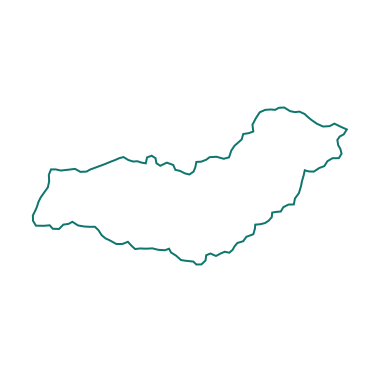 Alfredo Vasconcelos, Minas Gerais, Brazil (orthographic projection), rotated 353°
{"feature_id": "56859067B6274472295952", "entity_name": "Alfredo Vasconcelos", "entity_type": "district", "adm_level": 2, "iso_a3": "BRA", "parent_name": "Brazil", "parent_adm1": "Minas Gerais", "projection": "orthographic", "projection_center": [-43.711, -21.14], "detail": "fine", "context": "isolated", "style": "outline", "palette": "teal", "viewbox_px": 384, "rotation_deg": 353, "n_neighbors": 0, "source": "geoboundaries", "source_scale": "gbopen_adm2", "svg_char_len": 2005}
<svg xmlns="http://www.w3.org/2000/svg" viewBox="0 0 384 384"><g transform="rotate(353 192 192)"><path d="M308.4,125.3L304.0,125.3L299.2,123.7L293.9,119.4L288.5,119.0L284.5,120.6L280.3,119.7L274.7,119.4L269.0,121.1L264.4,126.5L260.2,132.6L260.2,139.4L255.6,140.5L249.9,140.7L247.7,145.9L243.5,148.8L239.8,151.3L236.1,155.6L233.0,162.1L227.6,162.9L220.6,160.0L213.7,159.6L210.1,161.7L204.8,163.0L200.0,162.7L198.2,168.1L196.0,172.0L191.6,174.3L187.3,172.7L182.7,169.6L178.2,168.0L176.7,162.9L170.6,159.8L163.7,162.1L160.2,159.1L159.9,154.0L156.4,151.1L151.6,152.2L149.6,157.9L145.5,156.7L141.5,154.8L137.3,154.6L132.7,152.5L128.3,149.0L124.2,149.5L119.6,150.9L114.6,152.1L110.4,153.3L104.3,154.8L97.9,156.3L93.6,157.3L89.8,158.9L83.7,158.4L78.7,154.8L70.8,154.8L64.4,154.7L59.6,153.0L54.8,152.4L52.0,157.5L51.5,164.1L49.5,169.8L45.1,174.6L41.2,178.9L38.3,183.3L36.4,187.6L33.8,192.0L31.2,195.8L30.7,201.2L33.0,206.4L40.8,207.5L46.7,207.7L49.3,211.5L55.5,212.5L60.3,208.7L65.6,208.6L69.6,207.0L74.8,211.3L80.8,213.1L85.7,214.0L91.4,214.7L94.5,218.5L97.1,223.9L100.5,227.5L104.5,230.0L110.6,234.4L116.7,235.1L122.3,233.6L125.4,238.0L128.6,241.7L133.6,241.7L139.8,242.7L145.8,243.1L151.6,245.3L158.1,246.5L162.3,245.5L163.8,249.5L168.4,253.2L172.8,258.2L177.8,259.6L184.8,261.2L187.5,264.5L192.5,265.0L197.1,261.6L198.4,256.5L202.8,255.3L208.0,258.4L213.0,256.5L217.2,255.3L221.6,256.8L225.2,254.4L227.8,250.9L230.9,248.1L236.8,247.1L240.5,243.1L247.7,241.4L249.9,236.3L250.8,232.1L256.0,232.3L260.8,231.7L264.6,229.8L268.1,226.7L269.1,222.2L273.4,222.0L277.7,222.2L280.8,218.2L286.4,216.2L291.5,216.8L293.4,211.0L298.0,206.1L300.8,199.7L302.5,194.6L304.9,189.0L306.6,184.2L310.3,185.8L315.4,186.6L321.2,183.7L326.5,182.4L330.2,177.9L335.5,175.6L341.9,176.3L345.1,172.2L344.5,167.3L342.8,163.4L342.6,158.1L345.4,154.9L349.6,153.3L353.3,148.8L347.8,145.5L341.7,141.5L336.6,143.4L330.1,143.0L324.2,139.4L319.3,135.0L316.3,131.9L313.3,128.3L308.4,125.3Z" fill="none" stroke="#0f766e" stroke-width="2"/></g></svg>